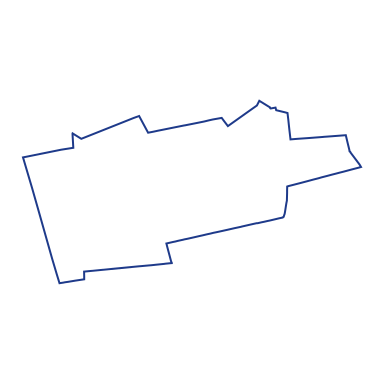 the district of Tomnatic, Timis, Romania
{"feature_id": "2599482B78622913226353", "entity_name": "Tomnatic", "entity_type": "district", "adm_level": 2, "iso_a3": "ROU", "parent_name": "Romania", "parent_adm1": "Timis", "projection": "robinson", "projection_center": [20.694, 45.986], "detail": "fine", "context": "isolated", "style": "outline", "palette": "blue", "viewbox_px": 384, "rotation_deg": 0, "n_neighbors": 0, "source": "geoboundaries", "source_scale": "gbopen_adm2", "svg_char_len": 1954}
<svg xmlns="http://www.w3.org/2000/svg" viewBox="0 0 384 384"><path d="M282.5,217.6L282.5,217.4L283.6,216.9L283.9,216.1L284.0,215.6L284.6,214.0L284.9,212.5L285.4,209.4L285.9,206.1L286.4,203.0L286.9,200.6L286.9,200.1L287.0,196.5L287.1,192.9L287.1,190.2L287.2,186.5L288.4,186.1L294.3,184.6L300.9,182.9L307.3,181.2L313.2,179.6L315.6,179.0L318.7,178.2L321.4,177.4L324.1,176.7L327.6,175.8L331.7,174.7L336.0,173.6L339.8,172.6L343.4,171.7L351.6,169.5L358.9,167.6L361.0,167.0L360.3,165.8L359.6,164.6L354.8,158.2L350.5,152.5L350.3,151.9L350.1,151.7L349.6,151.4L349.3,149.8L349.2,149.3L347.7,143.2L345.8,135.2L332.6,136.2L325.8,136.7L324.2,136.8L322.3,137.0L307.9,138.1L297.7,138.8L290.5,139.4L289.4,130.0L288.8,124.5L288.3,119.7L287.5,113.0L284.9,112.3L276.2,110.2L275.5,107.6L272.2,108.2L270.7,108.5L270.4,108.4L270.2,108.2L270.1,107.9L270.0,107.4L259.3,100.8L256.9,105.5L246.3,113.0L227.9,126.1L223.7,120.6L221.7,117.9L212.7,119.5L208.7,120.4L204.2,121.5L197.3,122.9L184.7,125.4L184.4,125.4L157.5,130.8L153.8,131.6L150.8,132.2L148.1,132.7L139.1,116.0L133.6,118.0L104.2,129.7L81.3,138.8L72.6,133.4L72.5,133.7L73.3,147.8L61.2,149.7L23.0,157.4L32.1,188.1L39.0,212.3L52.2,258.9L56.9,274.7L59.5,283.2L63.4,282.6L64.8,282.3L68.3,281.8L70.7,281.4L75.5,280.6L81.6,279.7L84.2,279.3L84.2,278.5L84.2,276.9L84.1,271.6L138.9,266.3L140.3,266.2L142.5,266.0L148.0,265.5L151.6,265.2L156.2,264.7L159.2,264.4L164.1,263.9L165.4,263.7L169.4,263.3L171.8,263.1L171.8,262.9L171.1,261.4L169.6,255.7L168.5,251.6L167.1,246.3L166.4,243.5L172.9,242.0L175.4,241.5L177.7,240.9L180.9,240.2L183.2,239.7L184.3,239.4L187.8,238.7L193.6,237.4L199.2,236.1L202.4,235.4L206.6,234.4L207.5,234.2L210.3,233.6L213.5,232.8L216.0,232.3L221.1,231.2L224.7,230.4L227.4,229.8L234.4,228.2L241.0,226.8L241.6,226.6L248.6,225.0L253.9,223.8L256.7,223.2L257.7,223.2L261.5,222.3L264.0,221.8L267.5,221.0L269.5,220.6L271.6,220.1L275.4,219.2L279.1,218.3L282.5,217.6Z" fill="none" stroke="#1e3a8a" stroke-width="2"/></svg>